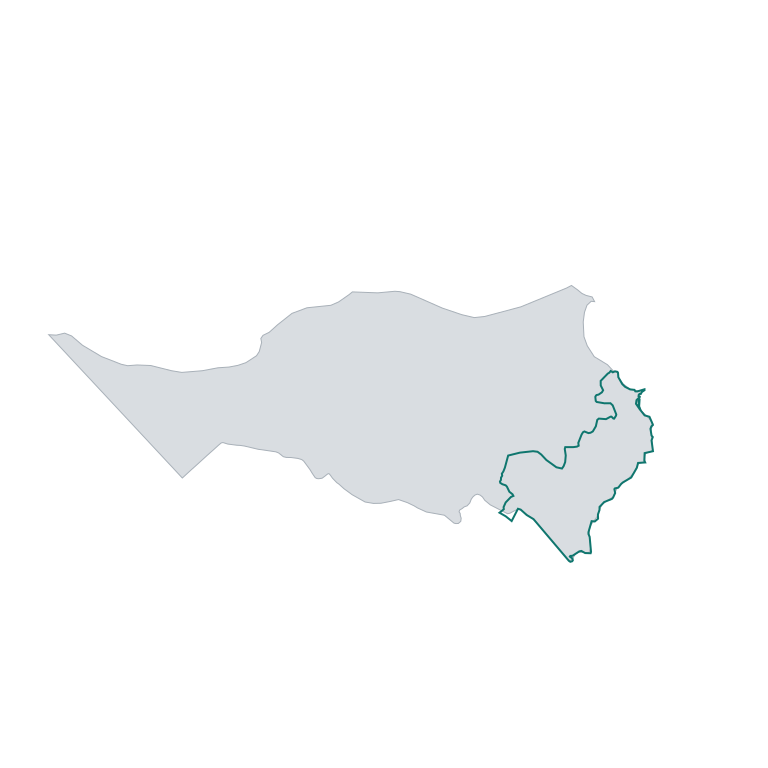 Oriental highlighted on a map of Morocco, rotated 47°
{"feature_id": "MAR-1454", "entity_name": "Oriental", "entity_type": "Region", "adm_level": 1, "iso_a3": "MAR", "parent_name": "Morocco", "parent_adm1": "", "projection": "robinson", "projection_center": [-2.611, 33.589], "detail": "medium", "context": "in_parent", "style": "outline", "palette": "teal", "viewbox_px": 768, "rotation_deg": 47, "n_neighbors": 0, "source": "natural_earth", "source_scale": "10m", "svg_char_len": 4331}
<svg xmlns="http://www.w3.org/2000/svg" viewBox="0 0 768 768"><g transform="rotate(47 384 384)"><path d="M124.8,590.3L129.0,582.9L135.8,579.7L150.0,578.1L171.3,571.9L190.4,562.7L195.8,559.0L201.7,551.6L211.4,542.0L229.3,530.4L237.6,524.0L250.4,507.8L258.9,494.4L265.9,485.8L270.7,478.2L274.2,470.5L276.4,458.0L275.2,453.1L270.2,445.2L266.7,443.0L265.9,439.3L267.9,432.7L268.1,421.3L269.6,403.1L275.7,388.4L290.2,369.2L293.0,361.3L294.8,348.7L295.1,344.3L313.1,326.4L323.6,312.8L327.3,309.4L336.5,303.2L368.4,289.5L386.4,279.8L397.0,272.7L403.3,264.3L420.9,231.3L438.3,185.1L439.8,179.7L447.3,178.2L452.7,177.5L457.0,175.8L462.3,172.4L467.4,173.8L464.8,176.1L464.8,181.8L468.3,188.5L474.5,196.0L485.8,205.5L494.7,209.3L507.4,211.6L522.3,207.4L530.5,207.4L534.6,205.6L538.9,208.2L547.3,209.0L555.3,207.7L561.4,203.7L565.3,199.1L565.9,201.3L566.1,203.8L567.3,205.2L569.7,211.0L570.9,213.3L575.6,213.0L579.6,214.1L588.7,213.6L597.4,214.5L598.6,218.3L601.2,221.4L610.2,228.3L615.5,232.6L615.7,234.1L614.0,237.6L613.2,240.0L614.7,242.6L618.0,245.7L618.2,247.2L617.4,248.9L615.7,252.3L619.4,262.1L620.0,271.6L619.1,278.4L619.1,282.3L619.6,285.6L622.7,293.3L620.7,306.0L623.1,313.0L626.3,318.6L628.1,328.6L630.6,333.4L634.9,337.5L637.3,339.0L641.9,342.4L645.3,345.3L647.3,349.6L643.1,353.1L639.8,356.3L638.8,359.7L640.4,365.2L640.4,368.1L638.3,369.0L629.6,368.7L622.8,368.5L614.9,368.2L603.9,367.7L597.1,367.4L587.7,366.9L584.5,367.1L575.9,368.7L569.8,369.8L568.8,370.1L566.9,371.4L565.6,375.4L564.4,380.0L563.2,382.1L544.9,388.7L537.8,389.6L533.7,389.0L530.7,389.5L528.2,390.9L527.3,393.1L527.2,395.8L527.7,398.6L529.5,402.4L529.8,406.3L528.6,409.0L528.4,411.7L527.8,414.7L528.7,416.3L530.5,416.5L532.3,417.9L534.8,419.1L536.8,421.5L536.7,424.8L535.0,426.7L533.5,427.7L526.6,428.6L521.2,429.3L514.1,434.6L506.5,440.3L497.5,444.0L493.6,445.1L486.7,447.8L478.4,452.2L474.3,459.3L469.1,467.6L464.2,473.1L457.4,478.3L451.1,480.3L443.2,482.8L433.2,484.7L426.1,485.3L424.0,485.8L417.8,485.9L414.8,485.5L412.5,485.3L411.6,485.8L411.3,487.1L411.1,490.1L410.7,493.5L408.7,496.4L407.3,497.6L405.6,498.2L400.4,497.4L396.1,496.5L385.7,495.3L383.6,495.6L382.8,495.9L379.6,497.8L374.5,502.0L371.1,505.5L368.5,507.2L362.5,508.1L359.8,509.4L348.5,518.4L346.0,520.5L334.3,528.3L331.0,530.9L328.4,533.4L321.4,539.2L317.0,541.7L316.1,543.2L315.9,546.7L315.8,554.5L315.6,562.0L315.5,572.8L315.3,583.7L315.2,595.6L119.3,595.6L124.8,590.3Z" fill="#d9dde1" stroke="#a8b0b8" stroke-width="1"/><path d="M566.4,203.0L565.5,203.8L565.7,205.2L566.6,206.2L567.8,205.7L568.4,206.6L567.9,207.8L568.0,210.3L570.3,213.2L574.9,213.9L569.7,208.8L569.3,207.3L574.3,212.6L578.3,214.3L584.7,214.8L589.0,212.2L595.0,214.3L597.3,215.3L597.3,217.3L598.5,219.7L604.2,223.5L606.1,223.6L607.7,226.8L616.6,233.1L612.3,240.5L617.5,245.8L619.5,246.5L615.0,252.0L617.7,256.2L621.0,267.0L618.9,276.3L618.8,278.7L619.6,283.3L617.8,286.4L618.0,287.2L621.4,289.3L623.3,293.9L623.5,295.6L620.5,303.4L620.9,310.2L623.1,312.3L625.4,316.6L628.5,319.3L628.3,323.6L625.9,325.7L631.8,335.5L633.2,336.8L636.0,337.8L648.0,347.1L648.7,348.3L644.8,352.2L640.7,353.5L639.6,355.3L638.2,363.3L636.8,365.0L637.0,365.8L640.1,365.2L641.7,366.1L642.0,367.2L641.1,369.0L639.4,369.4L584.8,366.8L577.1,369.0L569.1,369.7L566.6,371.1L571.3,384.1L563.8,385.2L556.9,387.3L557.3,381.8L555.6,380.5L553.6,375.8L553.2,368.2L554.1,365.7L552.3,365.2L548.3,365.8L542.9,364.1L541.1,364.1L538.0,365.8L535.6,366.4L534.4,365.7L533.9,363.9L532.3,362.3L531.7,360.1L530.0,359.0L529.4,356.4L527.6,352.6L521.0,342.0L526.9,331.4L534.8,320.8L538.3,317.9L542.8,317.1L550.3,317.1L562.5,314.7L567.2,311.5L566.6,308.7L564.7,304.8L560.2,299.8L554.8,296.1L553.8,294.5L559.2,288.7L561.4,285.6L561.9,283.7L559.6,282.1L555.7,273.9L555.0,271.3L555.4,269.8L559.3,268.0L560.5,266.2L561.1,263.6L559.4,257.9L555.7,252.5L555.8,250.5L561.1,245.6L562.4,240.6L563.0,239.9L565.7,239.8L566.3,239.3L565.4,235.9L564.7,234.9L555.6,231.3L552.5,231.5L548.5,235.9L542.2,240.7L540.8,240.7L537.5,238.2L537.1,237.1L537.0,236.1L538.1,234.3L538.7,230.3L538.0,228.0L532.9,226.5L529.5,223.4L529.0,213.3L529.4,211.5L529.1,209.3L531.5,208.7L532.3,206.4L534.3,205.0L535.4,205.2L538.9,208.0L546.5,209.8L550.5,209.6L555.8,207.7L559.1,204.8L560.8,205.2L562.2,203.8L565.5,197.1L566.2,197.7L565.7,200.8L566.4,203.0Z" fill="none" stroke="#0f766e" stroke-width="2"/></g></svg>